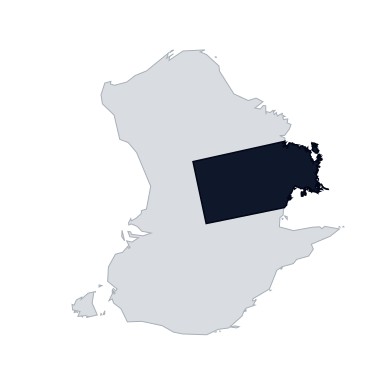 Northern Territory highlighted on a map of Australia, rotated 78°
{"feature_id": "AUS-2650", "entity_name": "Northern Territory", "entity_type": "Territory", "adm_level": 1, "iso_a3": "AUS", "parent_name": "Australia", "parent_adm1": "", "projection": "natural_earth1", "projection_center": [133.869, -18.484], "detail": "fine", "context": "in_parent", "style": "filled", "palette": "ink", "viewbox_px": 384, "rotation_deg": 78, "n_neighbors": 0, "source": "natural_earth", "source_scale": "10m", "svg_char_len": 9218}
<svg xmlns="http://www.w3.org/2000/svg" viewBox="0 0 384 384"><g transform="rotate(78 192 192)"><path d="M264.0,66.0L267.9,86.2L273.1,85.2L278.9,91.2L279.7,103.6L283.1,107.8L283.8,119.3L286.2,125.3L302.9,136.4L309.1,154.5L311.0,155.5L311.4,152.2L315.0,155.5L315.7,153.9L316.9,163.2L319.1,165.9L323.7,168.8L332.6,184.4L331.8,194.8L334.7,207.3L328.9,230.7L325.2,239.2L316.6,248.9L308.1,267.9L305.6,282.2L291.5,285.7L284.3,291.8L280.0,292.3L281.1,295.9L274.5,290.7L275.6,289.5L275.2,288.3L273.9,288.2L271.6,290.4L270.0,289.1L272.8,287.0L271.3,285.4L261.9,293.1L247.8,289.3L236.9,279.8L236.6,272.5L231.6,265.8L233.7,266.0L233.7,264.1L226.2,266.1L228.5,261.1L225.7,253.9L222.9,262.1L217.3,262.9L218.3,260.2L220.8,260.1L224.7,248.9L223.7,240.4L219.9,249.3L214.3,252.7L210.6,258.0L211.1,260.7L208.9,260.4L205.3,257.4L207.6,257.3L206.0,252.1L202.6,246.1L199.7,245.4L199.2,240.1L177.8,231.2L141.8,238.0L130.4,244.1L125.5,251.7L100.5,252.2L87.2,261.3L78.0,260.8L67.3,254.6L66.9,248.3L69.4,249.4L71.5,245.6L70.9,232.9L66.2,223.3L64.1,211.3L51.2,186.2L55.9,188.9L52.9,181.3L55.0,185.8L58.5,187.1L52.2,171.4L55.7,149.8L56.7,154.9L60.5,149.3L74.4,139.4L79.4,140.0L104.8,130.6L114.2,118.0L113.5,109.7L118.5,103.8L122.9,113.0L125.0,107.9L122.2,104.3L123.0,102.0L131.4,103.5L128.8,102.6L130.5,99.0L128.9,95.8L133.4,95.4L131.8,93.0L135.5,92.7L134.2,89.3L137.4,85.4L137.6,87.7L140.2,87.4L140.4,83.1L144.2,84.6L146.5,81.1L150.5,83.5L155.9,89.6L155.0,94.5L158.6,89.8L166.3,92.9L167.8,90.2L164.4,86.6L173.3,70.0L175.1,71.1L178.1,67.0L179.2,68.7L188.4,67.4L188.1,63.4L181.9,60.5L182.9,59.5L205.1,68.0L211.6,64.9L210.0,68.2L212.7,70.0L216.0,66.0L218.9,69.3L215.4,76.7L211.6,77.4L211.8,82.7L208.1,91.0L228.1,106.2L233.6,107.7L235.3,111.3L244.3,113.8L250.9,100.7L251.5,81.5L252.6,74.3L254.9,72.6L253.2,69.4L258.8,55.5L264.0,66.0ZM269.3,308.7L279.8,312.8L292.6,310.2L292.8,321.6L292.1,319.6L290.7,322.0L290.0,329.5L285.6,326.4L282.5,333.3L277.0,332.7L278.2,330.8L273.6,327.6L271.9,321.7L274.0,322.8L269.4,314.7L269.3,308.7ZM171.5,59.6L177.9,59.6L179.9,61.6L175.7,65.8L171.5,59.6ZM214.9,268.4L225.7,268.1L221.1,270.0L214.9,268.4ZM217.2,81.6L218.5,85.7L214.5,85.0L215.1,82.1L217.2,81.6ZM332.0,182.6L331.9,177.8L333.6,173.9L334.2,176.7L332.0,182.6ZM290.0,301.9L293.5,302.9L293.5,304.5L290.0,301.9ZM170.9,60.8L173.2,64.8L169.1,64.6L170.9,60.8ZM265.6,302.7L263.6,302.2L264.8,299.5L265.6,302.7ZM238.6,104.5L236.6,105.7L234.7,106.4L235.7,104.1L238.6,104.5ZM51.2,185.1L49.5,182.8L49.3,180.7L49.5,180.6L51.2,185.1ZM292.7,306.0L294.0,307.1L291.4,306.2L292.7,306.0ZM318.3,163.8L319.7,163.8L319.7,165.8L318.3,163.8ZM284.3,119.1L286.0,120.4L285.7,121.1L284.3,119.1ZM285.3,330.5L285.4,332.3L284.1,331.8L285.3,330.5ZM333.9,196.6L333.9,199.2L333.9,196.6ZM187.8,59.4L186.7,58.3L187.4,57.7L187.8,59.4ZM217.5,59.6L215.9,61.7L217.8,58.1L217.5,59.6ZM334.3,193.5L333.5,194.3L334.0,193.4L334.3,193.5ZM219.7,97.3L218.8,97.7L219.3,96.7L219.7,97.3ZM214.1,81.5L213.0,81.7L213.6,80.4L214.1,81.5ZM65.4,139.6L65.1,141.2L64.6,141.1L65.4,139.6ZM257.0,54.5L256.9,56.0L256.5,54.9L257.0,54.5ZM273.9,288.9L274.2,289.8L273.8,289.5L273.9,288.9ZM215.5,62.3L213.4,63.7L215.6,61.9L215.5,62.3ZM134.3,87.3L133.5,88.2L134.0,87.1L134.3,87.3ZM286.2,329.2L285.5,329.5L285.9,328.8L286.2,329.2ZM237.6,109.4L236.5,109.3L237.1,108.5L237.6,109.4ZM130.1,94.7L129.5,95.2L129.5,93.9L130.1,94.7ZM291.5,325.3L290.5,325.8L290.9,324.8L291.5,325.3ZM257.7,50.7L257.6,51.7L257.0,51.2L257.7,50.7ZM273.3,290.1L274.2,290.9L272.7,290.7L273.3,290.1ZM304.9,136.2L304.2,136.3L304.5,135.2L304.9,136.2ZM310.8,152.1L310.4,152.1L310.7,151.2L310.8,152.1ZM269.8,307.3L269.5,308.0L269.3,307.1L269.8,307.3Z" fill="#d9dde1" stroke="#a8b0b8" stroke-width="1"/><path d="M161.7,90.6L163.0,91.5L163.1,92.7L162.8,93.6L163.3,93.1L163.3,93.7L163.6,92.6L163.3,90.3L163.6,90.7L164.0,90.5L165.1,91.1L165.8,92.1L165.9,93.1L166.5,92.9L166.6,93.4L167.0,93.3L166.1,91.2L166.4,90.3L167.3,90.5L168.4,89.9L168.8,90.0L168.8,89.2L167.4,90.1L167.2,90.2L167.4,89.7L166.9,89.9L166.5,89.6L165.9,88.4L166.8,88.3L167.4,87.7L166.5,88.1L165.5,87.9L164.2,86.7L164.4,86.0L165.2,84.5L165.1,83.7L165.9,84.0L166.0,83.2L166.2,83.5L166.9,83.2L166.8,82.1L167.5,81.2L167.3,81.2L167.3,80.5L168.1,78.5L168.2,79.1L168.6,79.3L169.8,78.7L170.7,77.6L171.2,77.7L169.7,76.2L169.8,74.3L170.1,74.0L170.4,74.3L171.1,74.0L171.4,72.1L171.7,72.1L172.0,71.7L172.5,71.9L172.5,71.4L173.0,72.4L173.8,72.3L172.9,71.7L173.3,71.5L173.0,71.3L173.3,70.1L173.0,69.8L174.5,70.1L174.5,71.3L174.7,70.9L175.3,71.8L175.4,71.4L175.8,71.7L175.1,70.7L175.8,70.9L175.2,70.2L174.8,70.2L174.8,69.8L175.3,69.2L176.4,69.5L176.0,68.0L176.2,67.6L176.8,67.6L177.9,68.4L178.1,66.8L178.5,68.2L179.2,68.8L181.7,68.7L182.5,68.2L183.7,69.0L185.0,67.7L185.2,68.3L186.0,68.2L186.3,69.0L186.0,69.6L186.5,68.9L186.4,67.7L187.3,67.2L188.1,67.5L188.7,67.5L187.8,67.0L187.9,65.1L187.5,64.6L188.2,63.5L187.4,63.1L186.8,62.0L185.9,61.6L184.0,62.4L183.5,62.0L183.5,61.5L182.8,61.3L183.0,60.9L181.5,60.6L181.7,60.2L182.1,60.3L181.9,59.7L182.3,59.8L182.4,59.4L182.8,60.1L183.1,59.9L183.1,59.1L183.8,59.9L184.0,59.7L184.0,60.8L184.2,60.5L184.5,61.4L184.6,60.9L184.9,60.9L184.6,60.5L184.4,59.0L185.3,60.2L185.2,59.3L185.7,59.0L186.0,60.4L186.4,59.8L186.7,59.9L188.1,62.3L188.5,62.3L189.2,61.3L189.7,61.5L189.5,60.8L189.8,60.8L191.0,62.3L191.7,63.9L192.3,64.1L193.0,63.8L192.8,64.4L193.4,64.1L193.4,64.4L193.9,64.6L194.3,64.3L194.3,65.3L194.5,64.8L195.2,64.9L196.2,64.0L197.1,64.1L197.2,64.4L196.6,64.8L196.5,65.2L197.3,65.7L198.1,65.1L198.3,65.8L198.7,65.4L199.1,66.0L199.1,67.1L199.7,66.1L200.8,66.9L202.0,66.9L203.2,66.0L203.9,67.5L204.7,67.6L205.4,68.6L206.0,68.4L206.5,68.9L206.1,68.3L207.4,68.4L206.5,68.0L207.2,67.3L207.9,67.1L208.2,67.4L208.8,66.9L209.1,67.2L210.0,66.5L209.1,66.9L209.0,66.6L209.2,66.0L210.2,65.9L211.2,65.1L211.2,64.3L211.7,64.5L211.4,65.1L210.1,66.4L211.5,66.1L209.6,67.8L210.2,69.0L211.2,67.7L211.5,67.9L212.5,66.9L211.6,68.2L211.9,68.6L212.5,68.4L212.0,69.5L212.3,70.2L213.9,70.1L214.8,68.4L213.4,67.8L216.2,65.5L215.5,66.3L216.0,66.3L216.9,68.6L217.5,68.6L217.5,68.3L217.0,68.1L217.6,67.8L218.4,68.3L218.8,69.3L219.2,69.3L217.7,71.0L217.9,70.2L217.5,70.4L217.6,71.2L217.2,71.6L217.1,72.4L216.5,72.4L216.5,73.4L216.1,72.7L215.9,73.2L215.5,72.9L215.6,73.6L216.8,74.8L216.3,74.9L216.1,74.5L215.7,74.6L216.2,75.3L215.5,76.9L215.3,76.6L214.4,77.4L214.9,76.7L214.8,75.4L214.5,75.2L214.3,76.2L213.9,75.9L213.9,76.5L213.2,77.0L213.2,75.9L212.5,76.8L212.5,77.5L212.2,76.6L211.8,77.2L211.7,77.0L211.3,77.9L211.9,78.4L211.0,78.7L211.0,79.9L211.5,80.5L211.3,80.8L211.9,81.1L212.4,80.3L212.6,80.4L212.0,82.4L211.5,82.9L211.4,84.9L210.3,85.5L209.7,86.9L209.3,87.1L208.6,88.7L207.5,89.3L208.2,91.2L213.7,95.1L214.0,96.4L215.8,97.8L216.3,97.7L217.2,99.0L217.2,99.6L217.7,99.3L218.7,99.6L219.2,99.0L221.8,101.2L224.6,102.3L225.4,103.8L226.4,104.7L225.8,184.7L162.5,184.7L161.7,90.6ZM179.9,61.5L179.8,62.0L179.4,62.1L179.4,63.0L178.8,62.8L178.1,64.1L175.7,65.8L172.4,63.4L171.4,59.7L171.7,59.3L172.5,60.5L173.0,60.4L172.9,61.3L173.5,60.8L173.8,61.6L174.0,61.2L175.4,60.6L176.0,60.9L176.2,61.5L176.3,60.6L177.1,60.1L177.6,61.3L177.5,60.0L178.0,59.6L178.2,60.3L179.1,60.1L179.4,61.3L179.9,61.5ZM219.1,84.5L218.9,85.6L218.6,85.8L217.4,85.4L216.7,85.6L215.1,84.9L214.4,85.2L215.2,84.3L215.0,81.7L215.8,81.9L215.9,81.4L216.4,81.7L216.6,81.4L216.2,80.6L216.6,80.9L217.3,80.3L217.0,81.1L217.3,81.3L217.4,81.9L217.9,82.0L218.1,81.1L218.6,81.2L218.7,81.6L218.2,82.5L217.6,82.8L217.6,83.2L217.9,83.5L217.2,83.9L217.2,84.3L217.4,84.8L217.8,84.5L218.4,85.0L218.7,84.5L219.1,84.5ZM172.0,63.9L173.3,64.3L173.3,64.7L172.4,65.0L171.1,64.5L169.4,64.9L168.9,64.5L169.3,64.3L169.3,63.6L170.1,63.7L170.2,62.2L169.8,62.1L170.7,60.8L171.3,60.6L171.7,61.6L171.6,62.3L172.1,63.0L172.0,63.9ZM186.8,59.3L186.9,58.7L186.6,58.2L187.2,58.2L187.5,57.7L187.4,59.3L187.8,59.4L187.6,60.9L186.8,59.3ZM219.8,97.2L220.0,98.2L219.7,98.8L219.1,97.7L218.8,97.8L219.2,96.7L219.8,97.2ZM217.7,58.3L217.3,59.7L216.0,61.7L215.6,61.7L217.1,59.5L217.3,58.4L217.7,58.3ZM214.2,80.8L213.8,82.0L213.5,82.0L213.4,81.3L213.2,81.9L212.9,81.7L212.9,80.9L213.3,81.1L213.5,80.5L214.2,80.8ZM214.4,63.0L215.6,61.9L214.8,63.0L213.4,63.8L214.1,62.8L214.4,63.0ZM216.5,96.2L216.3,97.0L215.6,97.0L215.8,96.2L216.5,96.2ZM187.7,63.4L187.9,63.8L187.4,64.0L186.9,63.4L187.7,63.4ZM213.9,66.6L214.4,66.3L214.1,66.7L213.0,66.9L213.0,66.5L213.9,66.6ZM216.9,97.3L217.2,97.6L216.8,98.3L216.5,97.7L216.9,97.3ZM217.8,97.1L218.0,97.4L217.6,97.4L217.7,97.8L217.3,98.0L217.3,97.2L217.8,97.1ZM213.1,79.5L212.8,77.9L213.6,78.7L213.2,78.8L213.1,79.5ZM165.3,90.0L165.9,90.7L166.0,91.4L165.3,90.0ZM193.0,63.2L193.9,63.0L193.1,63.5L193.0,63.2ZM211.8,63.9L212.0,63.5L212.5,63.4L212.2,63.9L211.8,63.9ZM218.5,96.6L218.1,97.0L218.1,96.4L218.4,95.9L218.5,96.6ZM193.9,61.8L194.1,62.2L193.3,62.6L193.3,62.1L193.9,61.8ZM210.1,90.3L210.4,90.9L209.8,90.9L210.1,90.3ZM203.8,66.7L204.4,67.0L204.2,67.4L203.8,66.7ZM185.7,67.2L186.2,67.1L186.2,67.5L185.7,67.2ZM216.5,64.3L216.3,64.7L215.9,64.6L216.5,64.3ZM166.1,90.2L166.1,90.6L165.9,90.0L166.1,90.2ZM204.6,66.5L204.5,66.9L204.2,66.6L204.6,66.5ZM205.8,65.8L205.3,66.0L205.2,65.9L205.3,65.7L205.8,65.8ZM215.6,65.5L215.6,64.8L215.7,64.7L215.6,65.5ZM218.0,67.0L218.1,67.5L217.9,67.3L218.0,67.0Z" fill="#0f172a" stroke="#020617" stroke-width="1.5"/></g></svg>